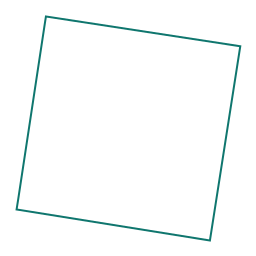 the district of Loup, Nebraska, United States of America, rotated 279°
{"feature_id": "52423323B93149013666226", "entity_name": "Loup", "entity_type": "district", "adm_level": 2, "iso_a3": "USA", "parent_name": "United States of America", "parent_adm1": "Nebraska", "projection": "albers", "projection_center": [-99.486, 41.914], "detail": "fine", "context": "isolated", "style": "outline", "palette": "teal", "viewbox_px": 256, "rotation_deg": 279, "n_neighbors": 0, "source": "geoboundaries", "source_scale": "gbopen_adm2", "svg_char_len": 242}
<svg xmlns="http://www.w3.org/2000/svg" viewBox="0 0 256 256"><g transform="rotate(279 128 128)"><path d="M29.7,226.5L226.3,226.1L225.3,29.5L220.3,29.5L40.5,30.7L30.1,30.7L29.7,226.5Z" fill="none" stroke="#0f766e" stroke-width="2"/></g></svg>